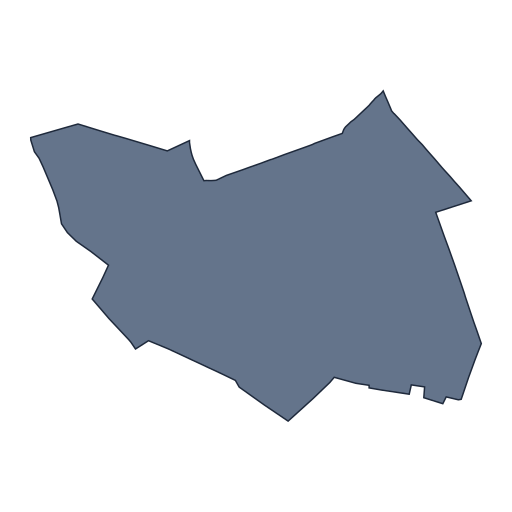 Moravita, Timis, Romania
{"feature_id": "2599482B52321856029922", "entity_name": "Moravita", "entity_type": "district", "adm_level": 2, "iso_a3": "ROU", "parent_name": "Romania", "parent_adm1": "Timis", "projection": "natural_earth1", "projection_center": [21.281, 45.278], "detail": "fine", "context": "isolated", "style": "filled", "palette": "slate", "viewbox_px": 512, "rotation_deg": 0, "n_neighbors": 0, "source": "geoboundaries", "source_scale": "gbopen_adm2", "svg_char_len": 1824}
<svg xmlns="http://www.w3.org/2000/svg" viewBox="0 0 512 512"><path d="M471.2,200.8L464.0,192.4L459.9,187.6L457.2,184.6L454.4,181.5L450.3,176.7L444.9,170.8L441.5,167.0L434.7,159.0L428.5,152.0L425.9,149.0L422.3,144.7L417.4,139.7L412.7,134.3L407.2,128.1L402.2,122.4L401.5,121.6L400.5,120.4L394.2,113.7L393.9,113.6L391.6,110.9L390.7,108.6L387.9,102.0L385.2,95.8L383.2,90.9L381.9,92.5L380.6,93.9L379.0,95.2L377.4,96.5L375.9,97.7L374.6,99.0L373.7,100.2L372.4,101.5L370.2,104.0L369.2,105.3L365.6,108.7L359.2,114.7L354.1,119.5L353.0,120.3L351.0,121.7L348.2,124.4L345.7,126.7L344.4,128.4L343.6,129.9L342.3,133.4L332.1,137.0L322.0,140.7L314.6,143.4L312.4,144.5L309.5,145.6L303.7,147.7L284.6,154.5L271.9,159.3L270.6,159.6L259.6,163.7L248.8,167.5L242.8,169.7L233.9,172.8L226.4,175.4L216.1,180.3L215.6,180.3L214.8,180.4L211.4,180.6L210.1,180.6L206.1,180.5L205.2,180.6L203.9,180.7L195.7,164.3L193.4,159.2L192.0,155.2L191.2,152.2L190.4,148.5L190.0,145.8L189.5,142.5L189.5,140.6L167.3,150.9L150.2,145.7L125.8,138.4L116.4,135.7L114.8,135.3L100.0,130.8L78.0,124.0L64.0,128.0L30.7,137.6L30.8,140.1L34.4,151.7L39.1,158.3L43.2,167.1L52.7,189.6L57.0,201.1L58.7,207.7L60.0,215.0L61.5,223.8L67.4,232.6L76.4,241.4L90.6,251.3L108.5,265.2L102.8,277.6L92.2,299.0L109.0,318.6L128.7,339.6L130.9,342.2L135.5,349.0L148.5,340.7L168.1,348.8L223.4,374.6L235.4,380.4L239.2,387.1L264.9,405.4L288.1,421.1L312.9,398.7L329.8,382.5L334.2,377.3L355.9,383.3L369.1,385.3L369.1,387.9L381.9,390.1L409.2,394.2L411.3,384.9L424.6,386.9L423.8,397.7L442.8,403.7L446.2,396.9L458.4,399.8L461.2,399.3L468.7,377.1L472.1,367.8L474.9,360.1L478.2,351.5L481.3,343.6L479.3,337.8L477.0,331.1L473.8,322.1L470.9,313.5L467.3,302.7L465.3,296.7L464.2,293.0L460.8,283.0L454.7,265.2L448.9,248.9L444.1,235.9L435.7,212.3L471.2,200.8Z" fill="#64748b" stroke="#1e293b" stroke-width="1.5"/></svg>